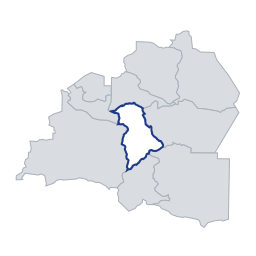 map of Central African Republic with Democratic Republic of the Congo, Sudan, Chad and 6 others greyed out, rotated 91°
{"feature_id": "CAF", "entity_name": "Central African Republic", "entity_type": "country or territory", "adm_level": 0, "iso_a3": "CAF", "parent_name": "Africa", "parent_adm1": "", "projection": "natural_earth1", "projection_center": [20.084, 6.633], "detail": "fine", "context": "with_neighbors", "style": "outline", "palette": "blue", "viewbox_px": 256, "rotation_deg": 91, "n_neighbors": 9, "source": "natural_earth", "source_scale": "50m", "svg_char_len": 9576}
<svg xmlns="http://www.w3.org/2000/svg" viewBox="0 0 256 256"><g transform="rotate(91 128 128)"><path d="M179.9,178.8L181.2,191.6L180.6,194.8L181.6,198.3L184.6,201.6L187.4,209.2L185.4,208.6L177.0,210.4L175.5,214.2L176.6,216.9L175.0,230.1L180.0,233.5L181.4,232.4L181.8,238.9L177.8,238.9L173.8,233.0L169.9,232.1L168.7,229.0L165.5,230.9L161.4,230.0L159.7,227.3L154.0,226.9L153.7,225.0L149.5,224.5L142.8,225.8L143.1,218.6L141.3,216.4L141.0,212.7L141.7,209.0L140.7,206.7L140.6,202.9L134.3,203.0L134.7,200.8L132.1,200.8L131.8,201.9L128.6,202.1L126.5,207.1L123.6,206.3L118.5,207.6L115.3,202.5L112.5,194.4L97.1,194.3L91.6,195.7L90.9,193.9L92.2,193.2L93.2,189.0L95.1,187.8L96.5,188.4L98.3,186.1L101.1,186.1L101.4,187.8L103.4,188.9L110.8,180.3L110.6,175.3L112.9,169.4L118.7,163.4L119.3,161.5L120.3,157.2L120.6,148.4L123.2,141.4L124.0,133.6L126.0,130.5L128.8,128.6L136.4,132.9L144.1,134.6L146.4,130.5L148.8,131.1L154.6,128.1L156.6,129.4L158.3,129.2L159.1,127.7L161.0,127.2L168.3,128.0L170.0,127.4L173.2,132.3L175.5,133.1L182.2,131.2L183.4,133.8L188.0,137.8L187.7,144.8L189.8,145.6L186.2,149.4L183.1,155.3L182.8,160.2L181.6,162.5L181.5,167.0L180.0,168.7L178.6,176.1L179.9,178.8Z" fill="#d9dde1" stroke="#a8b0b8" stroke-width="1"/><path d="M155.3,109.3L151.4,106.7L149.6,104.9L150.0,98.1L147.0,94.3L146.5,90.2L144.6,88.5L144.5,84.9L143.4,82.6L141.6,83.0L143.5,78.2L142.9,75.7L144.6,73.9L143.5,72.5L147.2,64.3L151.6,64.7L151.3,38.1L157.2,38.1L157.1,26.0L217.5,26.0L219.4,31.9L218.3,33.0L219.2,39.3L221.3,46.5L226.1,50.2L223.6,53.7L219.9,54.7L218.3,56.5L215.8,69.5L216.4,71.9L215.7,77.1L213.7,83.0L210.6,86.0L208.0,93.1L205.5,94.8L204.1,101.1L204.2,106.5L204.1,101.8L203.4,101.7L202.8,96.6L200.1,94.3L199.4,89.9L200.0,85.4L197.6,85.0L197.2,86.4L194.1,86.7L195.4,88.4L195.9,92.1L190.5,99.7L187.8,100.4L183.5,96.8L181.5,98.1L181.0,99.8L178.3,101.0L178.1,102.2L173.0,102.2L172.3,101.0L168.5,100.8L166.7,101.8L165.2,101.3L161.6,96.1L157.9,96.9L155.2,105.1L151.8,106.9L155.3,109.3Z" fill="#d9dde1" stroke="#a8b0b8" stroke-width="1"/><path d="M151.3,40.7L151.6,64.7L147.2,64.3L143.5,72.5L144.6,73.9L142.9,75.7L143.5,78.2L141.6,83.0L143.4,82.6L144.5,84.9L144.6,88.5L146.5,90.2L146.4,91.7L143.2,92.7L140.5,95.2L136.8,101.8L131.9,104.6L125.4,104.7L125.9,106.9L121.0,111.3L114.5,113.6L112.3,112.2L111.4,113.7L107.1,114.2L107.9,112.5L105.5,105.9L103.3,104.8L100.2,101.3L101.4,98.5L108.1,98.7L105.3,93.2L105.2,85.2L103.1,81.3L103.7,78.5L100.3,78.3L100.4,74.4L98.2,72.2L100.5,64.2L107.1,58.5L107.5,50.7L109.5,38.4L110.7,35.8L108.6,33.7L108.5,31.8L106.6,30.2L105.4,20.7L110.6,17.4L151.3,40.7Z" fill="#d9dde1" stroke="#a8b0b8" stroke-width="1"/><path d="M105.4,20.7L106.6,30.2L108.5,31.8L108.6,33.7L110.7,35.8L109.5,38.4L107.5,50.7L107.1,58.5L100.5,64.2L98.2,72.2L100.4,74.4L100.3,78.3L103.7,78.5L103.1,81.3L101.7,81.7L101.5,83.6L100.5,83.7L97.1,77.1L95.9,76.9L91.8,80.3L85.0,78.1L83.5,79.0L80.5,78.8L77.4,81.4L74.8,81.5L68.5,78.4L66.1,79.9L63.4,79.8L61.5,77.5L56.4,75.2L50.8,76.0L49.5,77.3L48.7,80.7L47.1,83.2L46.7,88.6L42.8,85.1L41.0,85.1L39.2,86.9L39.4,82.7L33.4,81.4L33.3,78.4L30.5,74.5L29.9,71.7L30.4,68.8L33.7,68.6L35.6,66.4L47.3,64.9L47.8,61.2L50.7,57.2L51.0,43.2L58.3,40.5L73.3,28.6L91.0,17.1L99.0,19.7L101.8,23.0L105.4,20.7Z" fill="#d9dde1" stroke="#a8b0b8" stroke-width="1"/><path d="M41.5,121.2L41.8,107.6L42.9,103.8L47.0,98.2L46.5,96.6L47.6,94.2L46.5,90.6L47.1,83.2L48.7,80.7L49.5,77.3L50.8,76.0L56.4,75.2L61.5,77.5L63.4,79.8L66.1,79.9L68.5,78.4L74.8,81.5L77.4,81.4L80.5,78.8L83.5,79.0L85.0,78.1L91.8,80.3L95.9,76.9L97.1,77.1L100.5,83.7L101.5,83.6L103.5,86.0L102.7,89.1L98.3,93.8L94.0,106.3L91.2,108.8L88.7,116.8L85.1,118.9L82.2,116.4L80.2,116.5L77.1,120.0L75.6,120.1L71.7,130.2L66.3,132.3L64.3,132.0L62.3,133.4L58.1,133.2L55.4,129.5L53.7,125.1L50.0,121.1L41.5,121.2Z" fill="#d9dde1" stroke="#a8b0b8" stroke-width="1"/><path d="M103.1,81.3L105.2,85.2L105.3,93.2L108.1,98.7L101.4,98.5L100.2,101.3L103.3,104.8L105.5,105.9L107.9,112.5L104.4,120.3L103.2,121.4L102.8,130.4L105.3,133.5L107.7,138.8L110.0,140.8L110.8,145.3L110.4,148.5L102.1,145.5L77.6,145.2L78.4,140.4L76.4,136.4L74.0,135.4L73.0,132.7L71.6,131.8L73.1,125.9L75.6,120.1L77.1,120.0L80.2,116.5L82.2,116.4L85.1,118.9L88.7,116.8L91.2,108.8L94.0,106.3L98.3,93.8L102.7,89.1L103.5,86.0L101.5,83.6L101.7,81.7L103.1,81.3Z" fill="#d9dde1" stroke="#a8b0b8" stroke-width="1"/><path d="M123.5,137.8L123.2,141.4L120.6,148.4L120.3,157.2L119.3,161.5L118.7,163.4L112.9,169.4L110.6,175.3L110.8,180.3L103.4,188.9L101.4,187.8L101.1,186.1L98.3,186.1L96.5,188.4L93.2,185.7L89.5,189.3L85.2,182.9L89.2,179.6L87.2,175.6L89.0,174.1L92.5,173.4L92.9,170.7L95.7,173.6L100.3,173.8L101.9,171.0L102.5,167.0L102.0,162.3L99.5,158.7L101.8,151.7L100.5,150.5L96.6,151.0L95.1,147.9L95.5,145.3L102.1,145.5L110.4,148.5L110.8,145.3L113.6,139.6L116.7,136.4L123.5,137.8Z" fill="#d9dde1" stroke="#a8b0b8" stroke-width="1"/><path d="M86.1,145.3L91.8,145.7L94.9,144.9L95.5,145.3L95.1,147.9L96.6,151.0L100.5,150.5L101.8,151.7L99.5,158.7L102.0,162.3L102.5,167.0L101.9,171.0L100.3,173.8L95.7,173.6L92.9,170.7L92.5,173.4L89.0,174.1L87.2,175.6L89.2,179.6L85.2,182.9L76.4,171.9L73.2,165.6L76.8,152.8L86.2,152.6L86.1,145.3Z" fill="#d9dde1" stroke="#a8b0b8" stroke-width="1"/><path d="M188.0,137.8L183.4,133.8L182.2,131.2L175.5,133.1L173.2,132.3L169.1,125.5L165.2,123.1L163.9,119.4L158.2,113.7L158.2,111.7L151.8,106.9L155.2,105.1L157.9,96.9L161.6,96.1L165.2,101.3L166.7,101.8L168.5,100.8L172.3,101.0L173.0,102.2L178.1,102.2L178.3,101.0L181.0,99.8L181.5,98.1L183.5,96.8L187.8,100.4L190.5,99.7L195.9,92.1L195.4,88.4L194.1,86.7L197.2,86.4L197.6,85.0L200.0,85.4L199.4,89.9L200.1,94.3L202.8,96.6L203.4,101.7L204.1,101.8L204.2,106.5L203.4,108.4L200.7,108.5L198.9,112.0L202.1,112.4L204.8,115.3L205.7,117.8L208.1,119.2L211.2,125.7L201.4,136.1L197.7,136.1L193.5,137.5L190.2,136.1L188.0,137.8Z" fill="#d9dde1" stroke="#a8b0b8" stroke-width="1"/><path d="M153.1,106.7L153.4,106.7L153.5,107.0L153.3,107.9L153.5,108.4L153.9,108.9L154.3,109.1L154.8,109.2L156.2,109.5L156.8,109.8L157.6,110.9L158.6,111.8L158.9,112.3L158.8,112.8L158.5,113.3L158.6,113.6L159.0,114.1L159.6,114.7L160.5,115.3L162.2,116.3L163.0,117.0L163.3,117.5L163.7,118.0L164.3,118.5L164.7,118.9L164.4,120.0L164.5,120.4L164.7,120.7L165.0,121.1L165.1,121.6L165.5,122.3L165.9,122.6L166.6,122.8L167.0,123.1L167.7,123.6L168.5,124.1L168.8,124.4L169.0,124.7L169.1,125.0L169.2,125.4L169.2,126.1L169.4,127.0L169.8,127.7L170.1,128.1L168.6,127.6L168.4,127.6L168.1,127.7L167.4,128.3L167.1,128.4L166.8,128.3L166.1,128.3L163.7,127.7L161.9,127.2L161.3,127.1L160.4,126.9L159.7,127.2L159.1,128.4L158.9,128.6L158.0,129.0L157.5,128.9L156.4,129.2L154.7,128.7L154.1,128.8L153.6,129.1L152.4,129.6L151.6,129.9L150.8,130.2L149.9,130.6L149.4,130.8L148.8,130.8L148.4,130.6L147.8,130.4L147.2,130.3L146.5,130.4L145.9,130.9L145.7,131.2L145.2,132.1L144.6,133.6L144.4,133.8L144.2,134.0L141.5,133.3L140.4,133.1L139.6,133.3L138.6,132.9L138.2,132.9L138.0,133.0L137.5,132.8L136.6,132.3L135.7,132.1L135.0,132.2L134.5,132.0L134.1,131.5L133.6,130.7L132.8,129.8L131.6,129.1L130.9,128.6L130.6,128.2L130.0,128.0L129.0,128.0L128.1,128.3L126.7,129.4L125.5,131.7L124.8,132.5L124.3,132.7L124.1,133.3L124.4,134.1L124.5,135.1L124.3,136.7L124.4,138.0L124.1,137.8L123.8,137.2L123.6,137.1L122.8,137.3L122.4,137.6L122.2,137.8L121.8,137.5L121.6,137.5L121.2,137.5L120.9,137.5L120.7,137.5L120.2,137.3L118.8,136.8L118.5,136.7L118.2,136.7L117.5,137.1L117.1,137.2L116.0,137.5L114.7,137.6L114.3,137.6L113.9,137.8L113.7,138.0L113.6,138.6L113.3,139.6L113.2,139.8L113.3,140.2L113.2,140.9L113.1,141.5L113.2,141.9L112.8,142.6L112.4,143.6L112.1,144.4L111.7,145.2L111.5,144.7L111.3,144.0L111.2,143.3L111.3,143.1L111.2,142.8L111.1,142.2L111.2,141.8L111.1,141.4L110.8,141.0L110.5,140.7L110.4,140.4L110.0,140.2L109.6,140.1L109.1,139.5L108.6,138.9L107.9,138.1L107.4,137.4L106.8,136.6L106.2,135.9L105.9,135.1L105.7,134.7L105.9,134.7L106.2,134.7L106.3,134.6L106.3,134.4L106.0,133.8L105.9,133.1L105.7,132.6L105.0,132.0L104.4,131.4L104.2,131.2L104.0,130.8L103.8,128.4L103.7,127.7L103.5,127.4L103.3,127.3L103.3,127.1L103.3,126.7L103.4,126.3L103.4,126.1L103.6,125.8L103.6,123.6L103.5,123.4L103.4,123.2L103.2,123.3L103.0,123.2L102.8,122.9L102.6,122.5L102.7,122.2L102.8,122.0L103.0,121.8L103.3,121.6L104.0,121.2L104.4,120.8L104.4,120.5L104.9,119.4L105.5,118.2L105.8,118.0L106.0,117.3L106.4,116.3L106.6,115.9L106.7,115.5L106.9,115.1L107.6,114.5L108.1,113.5L108.7,113.6L109.2,113.8L110.0,113.8L110.6,113.6L111.0,113.3L111.8,112.9L112.8,112.6L112.9,112.0L113.2,111.8L113.5,111.5L113.9,112.2L114.3,112.8L114.9,113.4L115.1,113.3L115.4,112.9L116.4,112.6L116.6,112.5L117.3,111.8L118.1,111.4L118.3,111.3L118.6,111.2L119.4,110.8L120.0,110.8L120.9,110.8L122.4,110.6L123.6,110.5L124.1,110.4L124.3,110.3L124.5,109.7L125.1,109.2L125.9,108.2L126.5,107.4L126.6,107.1L127.0,106.7L126.7,106.4L125.8,105.6L125.8,105.4L126.2,105.0L126.7,104.7L127.2,104.5L128.5,104.6L129.6,104.5L129.9,104.5L130.8,104.3L131.4,104.2L132.0,103.8L133.4,103.9L134.5,103.0L134.9,102.8L135.0,102.7L135.6,102.2L136.2,101.5L136.7,100.8L136.8,100.3L138.2,98.8L138.6,98.8L138.8,98.6L139.4,97.5L139.5,97.3L139.8,97.3L140.1,97.2L140.3,96.8L140.5,96.4L140.6,95.8L140.4,95.4L140.4,95.1L140.6,94.9L140.8,94.7L141.8,94.2L142.0,93.9L142.2,93.6L142.5,93.6L142.8,93.6L143.0,93.5L143.2,93.2L143.9,92.9L144.5,92.6L145.2,92.7L145.8,92.8L146.2,93.0L146.4,93.0L146.8,93.8L147.0,94.1L148.5,95.8L148.8,96.3L149.5,97.5L150.0,98.4L150.5,99.7L150.6,100.3L150.5,100.9L150.4,102.6L150.3,103.1L149.6,103.9L149.6,104.3L149.7,104.7L149.9,104.8L150.0,105.0L150.0,105.7L150.2,106.1L150.7,106.3L152.0,106.4L152.6,106.5L153.1,106.7Z" fill="none" stroke="#1e3a8a" stroke-width="2"/></g></svg>